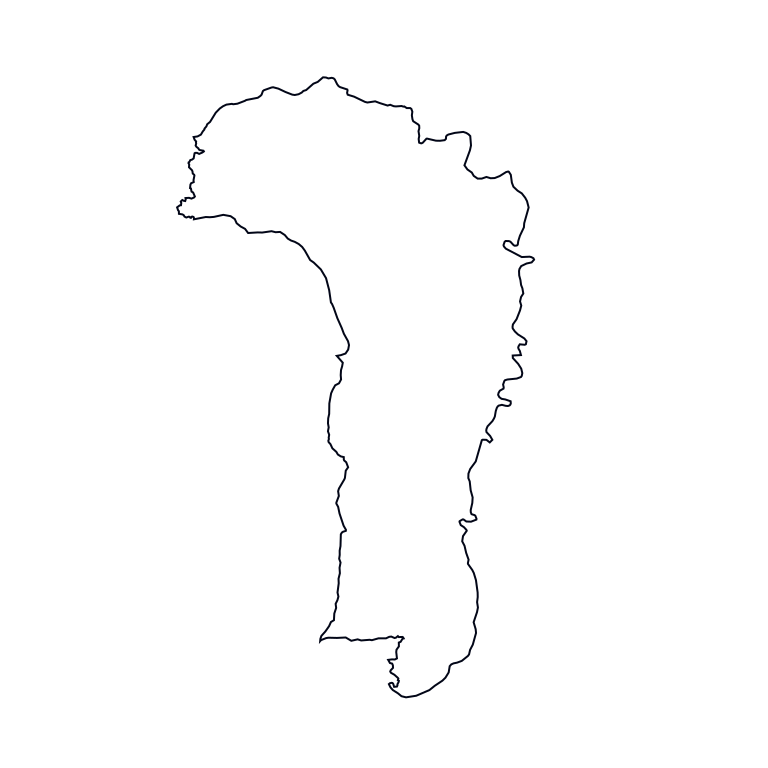 outline of Galanefhi, Maekel, Eritrea, rotated 260°
{"feature_id": "51966322B55645768572495", "entity_name": "Galanefhi", "entity_type": "district", "adm_level": 2, "iso_a3": "ERI", "parent_name": "Eritrea", "parent_adm1": "Maekel", "projection": "orthographic", "projection_center": [38.896, 15.263], "detail": "fine", "context": "isolated", "style": "outline", "palette": "ink", "viewbox_px": 768, "rotation_deg": 260, "n_neighbors": 0, "source": "geoboundaries", "source_scale": "gbopen_adm2", "svg_char_len": 6133}
<svg xmlns="http://www.w3.org/2000/svg" viewBox="0 0 768 768"><g transform="rotate(260 384 384)"><path d="M141.9,276.5L142.7,277.5L143.8,282.8L143.8,285.2L142.1,293.6L141.0,302.3L136.8,307.2L137.1,313.7L135.4,317.0L134.6,325.4L133.8,327.6L134.5,334.5L133.2,341.9L134.1,345.2L134.0,347.3L132.0,350.3L132.1,351.7L133.3,353.9L132.2,354.6L131.7,358.2L131.2,358.8L130.0,359.2L129.9,358.0L127.2,355.6L126.8,353.7L123.0,353.1L120.2,350.2L117.9,349.5L111.5,349.1L110.8,346.8L111.4,344.2L111.6,340.2L108.2,341.4L107.2,343.5L105.4,343.9L102.9,343.6L100.8,340.8L99.7,340.2L98.4,340.7L95.9,343.7L92.2,346.6L91.4,347.0L89.9,346.2L89.1,347.1L87.9,346.6L86.0,345.1L84.8,344.9L83.8,344.2L84.0,341.4L87.2,341.0L88.1,340.4L88.4,339.6L88.3,337.9L87.6,336.7L84.1,337.7L81.0,339.6L77.0,344.0L73.5,347.0L71.6,351.3L71.4,361.6L74.7,375.6L78.0,381.6L81.7,390.0L84.1,393.5L88.7,397.6L94.7,399.7L96.2,401.6L96.8,404.0L96.9,407.6L97.8,412.5L101.6,419.4L102.9,420.8L107.2,422.6L111.9,426.2L122.8,431.4L126.6,431.7L133.8,430.9L143.2,436.0L147.6,437.7L153.0,437.8L157.9,439.3L162.4,440.0L174.8,440.5L182.3,439.6L185.6,438.6L192.1,435.5L193.0,435.5L196.3,436.8L203.4,435.6L210.7,435.2L215.5,433.7L220.5,435.4L225.1,440.0L226.1,439.8L229.2,437.8L231.7,435.1L235.2,434.4L235.8,434.7L237.0,437.9L236.8,438.8L234.3,441.2L233.3,445.8L234.4,451.4L235.1,451.7L238.3,451.1L239.1,450.5L240.6,447.6L242.6,447.2L244.8,447.5L251.5,450.3L256.9,451.6L264.2,450.9L273.2,451.5L276.7,450.7L281.1,451.6L285.3,454.1L291.8,460.9L311.7,470.6L312.0,471.6L311.2,475.2L308.1,478.0L310.2,481.0L314.4,479.5L318.8,476.6L320.4,476.6L321.9,477.1L324.3,478.6L328.6,484.3L330.9,486.3L332.7,487.5L338.0,489.4L340.8,490.9L342.1,492.0L342.8,493.2L343.0,496.5L341.4,500.0L340.8,502.2L341.1,504.0L341.8,504.9L342.9,505.5L345.0,505.7L347.7,500.8L349.0,497.2L351.0,495.3L353.5,494.5L355.4,495.3L357.3,496.9L358.7,500.9L359.9,501.3L362.8,501.2L366.0,503.0L366.7,503.8L367.0,506.3L366.3,515.7L367.1,520.1L368.1,521.1L370.7,522.1L375.3,521.8L380.6,519.6L387.2,515.4L389.7,515.7L388.7,523.9L393.0,523.5L395.3,522.6L396.6,522.5L397.7,523.0L399.5,524.6L398.2,529.4L398.5,530.6L401.4,531.8L404.5,530.1L409.6,524.5L413.0,522.0L416.4,520.4L417.9,520.5L420.3,521.3L424.8,525.8L432.8,530.7L437.4,532.8L441.7,532.3L445.9,534.1L448.9,536.9L454.2,536.9L457.7,536.2L462.6,536.4L467.4,536.0L471.8,536.6L473.8,537.4L476.3,539.6L477.9,545.3L478.1,550.5L480.4,553.4L481.9,553.0L483.4,551.1L484.1,549.5L485.1,541.7L496.1,527.5L498.6,526.0L500.0,525.8L503.1,527.5L503.7,528.6L503.1,531.7L502.2,533.2L498.3,535.7L497.6,536.5L497.3,537.9L497.5,539.4L498.2,540.0L501.4,541.0L506.4,543.6L514.0,549.0L518.0,550.0L532.7,557.1L539.2,556.6L542.9,555.4L547.8,552.8L551.2,549.1L555.8,545.7L560.1,544.9L568.0,545.2L571.3,543.8L571.7,543.2L571.5,541.0L568.7,534.1L567.6,528.8L568.1,524.8L570.1,520.8L569.3,515.9L570.0,511.9L573.4,508.5L577.0,507.2L580.8,503.4L585.4,501.2L599.2,509.2L603.8,511.1L613.2,512.0L615.2,510.6L617.0,508.6L618.5,505.8L619.0,497.3L618.5,490.7L617.8,488.9L616.9,488.1L614.7,487.6L613.6,486.1L613.8,481.4L614.6,477.4L618.2,469.0L618.2,468.4L614.9,464.1L614.5,462.8L614.8,461.8L615.6,460.5L619.3,460.7L622.2,461.8L627.0,461.9L629.8,463.2L632.3,463.5L633.5,462.9L637.7,458.4L639.7,458.0L643.8,458.1L647.2,459.2L650.2,458.7L651.2,457.7L651.8,454.3L653.8,452.2L653.8,451.2L654.7,449.6L655.3,443.9L655.9,441.8L657.9,438.6L657.6,435.9L661.4,428.6L663.9,424.4L664.1,416.5L665.1,414.3L672.2,404.4L675.2,398.5L677.1,398.2L679.5,399.1L680.4,399.0L684.0,392.3L685.2,391.0L687.4,389.9L692.5,388.4L693.8,387.4L694.6,385.7L694.6,382.3L695.9,380.1L696.6,377.2L693.0,371.2L692.0,366.6L687.0,358.4L686.6,355.5L685.3,353.6L684.2,350.2L684.1,346.3L684.9,343.9L688.6,337.8L693.2,331.3L695.5,326.3L695.5,324.6L694.2,316.9L693.5,315.6L690.2,313.7L689.2,312.4L687.8,309.4L687.6,297.7L687.0,296.1L685.5,288.3L685.7,284.0L686.3,282.9L686.5,277.3L685.5,273.7L683.8,270.1L680.4,265.4L672.3,258.2L670.5,255.0L668.5,253.8L666.7,251.6L665.8,251.3L664.2,249.4L661.4,247.0L660.2,243.4L660.3,239.4L657.4,239.9L655.5,241.1L654.9,240.8L653.5,240.8L651.5,239.9L650.1,240.5L648.3,242.1L647.0,242.5L646.3,243.4L645.1,246.7L644.3,247.0L643.5,245.3L642.7,241.9L644.1,240.0L644.4,238.2L644.1,237.5L639.2,235.7L638.2,233.6L638.2,232.2L636.4,230.8L636.2,230.1L635.4,229.8L634.1,230.3L631.3,229.6L627.9,232.0L626.7,232.3L624.5,232.2L623.0,233.4L622.2,233.5L617.8,231.8L615.9,231.7L615.2,228.9L614.0,228.0L610.6,227.0L610.1,227.8L606.9,227.9L605.7,229.3L601.5,230.3L600.7,229.4L600.0,226.6L601.2,224.3L601.6,220.8L600.3,220.8L598.7,220.0L599.2,218.6L600.2,217.3L599.0,215.5L597.5,215.8L595.3,215.1L595.4,213.9L593.9,210.9L590.8,211.4L589.8,212.0L587.2,211.6L586.0,215.0L585.0,216.1L583.5,216.6L582.3,218.2L582.7,220.9L582.4,221.5L581.4,222.1L581.2,222.8L582.1,223.5L582.2,224.3L581.6,225.4L580.3,225.7L579.2,225.4L579.4,237.5L578.5,241.4L578.1,245.5L578.5,255.1L575.9,262.1L572.3,265.7L567.9,266.8L564.0,270.2L560.9,274.1L556.3,276.4L555.2,286.0L554.3,290.4L554.0,299.8L552.3,303.6L551.8,308.1L547.9,312.2L543.9,314.5L541.4,317.4L539.5,320.8L536.7,324.3L533.2,327.2L529.1,329.2L518.9,332.8L515.8,335.9L507.8,341.7L498.3,345.3L485.9,346.3L473.5,345.9L471.9,346.7L467.8,347.7L456.9,349.5L446.5,352.1L440.5,353.2L432.4,356.0L428.4,356.3L424.1,354.7L420.7,351.4L419.9,346.5L419.9,342.4L412.1,347.1L408.6,345.8L405.2,344.1L400.2,342.9L395.9,342.5L392.5,339.8L391.2,335.7L387.4,332.6L384.0,330.3L374.4,326.8L364.0,324.8L359.9,323.1L355.0,322.0L350.9,322.0L347.2,320.6L343.5,321.2L340.7,320.2L339.4,320.2L337.7,319.3L336.3,319.4L334.1,320.8L329.6,322.0L325.4,325.3L322.6,326.3L320.2,328.9L319.0,331.7L316.6,331.3L315.6,331.5L313.5,333.2L308.2,334.2L305.3,331.3L298.3,329.2L297.0,328.4L288.9,321.5L286.4,320.2L281.6,320.1L275.5,316.5L274.5,316.3L271.0,317.5L264.2,317.7L251.5,319.6L247.0,321.2L246.0,320.9L245.6,318.0L245.0,316.7L243.5,315.4L231.9,313.0L227.6,311.4L223.3,310.7L219.7,309.5L215.7,310.2L210.7,308.3L205.3,307.7L200.1,305.4L195.6,304.8L186.7,302.0L182.6,302.2L179.2,300.6L175.9,298.2L171.8,298.0L166.6,295.2L160.1,293.7L158.8,290.4L155.1,287.9L150.4,283.2L146.8,278.6L144.1,277.1L141.9,276.5Z" fill="none" stroke="#020617" stroke-width="2"/></g></svg>